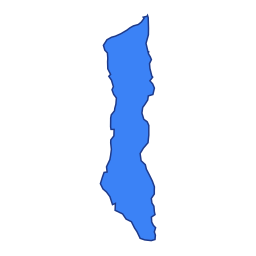 outline of Agios Georgios Lemesou, Limassol, Cyprus
{"feature_id": "46923920B95496266056125", "entity_name": "Agios Georgios Lemesou", "entity_type": "district", "adm_level": 2, "iso_a3": "CYP", "parent_name": "Cyprus", "parent_adm1": "Limassol", "projection": "mercator", "projection_center": [32.898, 34.799], "detail": "fine", "context": "isolated", "style": "filled", "palette": "blue", "viewbox_px": 256, "rotation_deg": 0, "n_neighbors": 0, "source": "geoboundaries", "source_scale": "gbopen_adm2", "svg_char_len": 1430}
<svg xmlns="http://www.w3.org/2000/svg" viewBox="0 0 256 256"><path d="M108.8,76.3L111.5,80.2L113.4,86.7L112.0,89.8L113.7,94.4L116.4,98.0L115.9,104.2L114.8,108.3L114.5,110.8L111.3,114.8L110.7,118.0L110.6,126.7L111.0,129.4L114.1,129.4L113.9,135.9L110.8,139.9L110.7,142.9L111.4,149.4L110.6,155.5L109.9,159.6L106.5,166.8L107.1,172.0L104.1,172.4L102.5,176.9L100.4,183.7L103.0,189.0L106.5,192.0L109.9,196.6L112.5,204.6L115.4,203.4L115.1,210.3L122.6,213.9L126.1,219.1L131.4,221.7L134.5,227.9L137.0,231.7L140.1,238.2L140.1,238.3L140.3,238.4L144.8,239.9L151.3,240.6L155.0,239.5L155.4,235.2L154.3,231.9L155.6,227.7L153.4,225.4L151.7,222.0L151.4,217.1L155.0,214.6L154.4,211.9L153.9,206.2L151.9,203.0L151.3,198.4L154.3,194.0L154.3,189.9L154.4,186.8L152.4,181.2L149.3,174.9L146.4,169.3L145.3,164.7L141.1,160.7L140.1,153.5L143.4,148.1L148.0,142.7L148.8,135.1L148.8,125.4L147.2,121.8L143.8,119.3L141.9,113.1L142.7,107.4L145.1,104.1L147.7,100.0L148.3,95.9L152.9,94.5L154.4,88.1L152.7,84.0L149.9,80.8L152.7,77.1L151.8,76.0L149.9,68.4L149.5,63.6L151.4,59.6L150.3,56.9L148.4,53.7L148.6,51.8L148.0,51.9L146.0,43.4L148.4,34.8L148.5,28.3L148.2,17.7L147.5,15.4L147.0,16.3L143.2,17.2L144.0,18.4L141.4,22.0L138.3,24.5L133.4,25.9L130.0,27.8L127.0,30.1L120.7,33.8L115.3,36.2L111.6,37.2L107.0,39.7L103.4,45.3L104.8,50.1L107.4,52.9L107.8,58.1L107.7,60.2L107.6,61.7L107.8,68.8L110.6,74.4L108.8,76.3Z" fill="#3b82f6" stroke="#1e3a8a" stroke-width="1.5"/></svg>